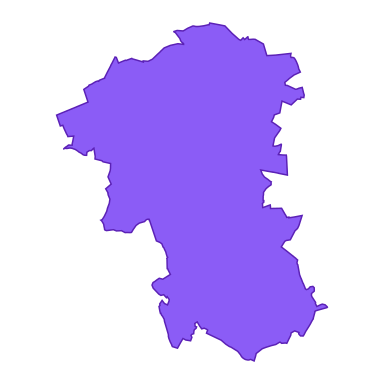 Bēnes pag., Auces, Latvia (Albers equal-area conic projection), rotated 180°
{"feature_id": "27541924B36472446612292", "entity_name": "Bēnes pag.", "entity_type": "district", "adm_level": 2, "iso_a3": "LVA", "parent_name": "Latvia", "parent_adm1": "Auces", "projection": "albers", "projection_center": [23.066, 56.462], "detail": "fine", "context": "isolated", "style": "filled", "palette": "violet", "viewbox_px": 384, "rotation_deg": 180, "n_neighbors": 0, "source": "geoboundaries", "source_scale": "gbopen_adm2", "svg_char_len": 5700}
<svg xmlns="http://www.w3.org/2000/svg" viewBox="0 0 384 384"><g transform="rotate(180 192 192)"><path d="M70.7,65.1L70.7,65.9L68.9,72.6L69.0,72.7L68.5,73.1L66.0,73.9L57.0,76.4L56.6,76.8L56.7,77.0L56.8,77.2L58.9,79.2L61.7,79.9L63.6,79.2L67.1,77.5L68.6,80.4L68.5,80.9L68.4,81.6L72.1,87.3L72.5,88.3L72.5,90.1L72.5,90.5L69.8,92.8L69.7,93.8L69.8,96.3L71.1,97.6L72.4,97.4L73.8,97.2L75.4,95.4L76.1,94.9L77.6,94.4L77.8,94.5L78.8,95.3L78.7,95.5L80.7,100.4L81.1,101.0L82.9,105.6L83.2,106.1L84.2,108.8L84.4,109.2L86.2,119.3L86.7,119.8L87.0,121.3L87.0,121.6L86.4,124.0L88.0,125.4L88.1,125.6L97.9,133.4L102.7,137.1L99.2,142.7L97.8,143.5L93.7,144.2L89.0,153.2L86.5,155.5L85.1,158.4L81.9,168.5L89.7,167.0L95.1,166.2L95.1,166.9L97.3,166.6L97.6,167.4L98.4,168.9L99.2,170.1L102.2,175.4L102.4,175.7L103.8,175.7L113.5,175.5L113.6,178.0L113.8,179.1L121.1,176.4L121.3,176.4L121.5,180.2L121.6,180.5L120.2,181.8L120.2,183.3L120.8,183.2L120.9,185.6L120.8,186.3L120.9,187.2L120.5,189.4L120.5,191.5L120.0,192.4L117.9,195.4L115.3,197.6L113.0,199.1L112.9,199.3L112.9,201.5L113.0,201.9L112.8,202.2L114.2,203.0L115.7,204.3L119.6,207.0L121.1,209.1L121.7,209.8L122.7,212.5L123.3,214.0L111.6,211.9L111.6,212.0L105.5,210.8L105.5,210.7L96.6,208.9L96.6,209.0L97.5,227.5L97.7,228.9L97.9,228.9L101.2,229.0L105.7,229.4L105.7,229.6L104.2,232.1L103.7,232.6L102.6,239.3L102.9,239.8L105.9,238.4L109.1,237.7L111.0,238.1L110.5,240.7L109.4,246.1L104.2,253.5L103.1,255.7L107.7,259.1L107.8,259.2L112.5,262.3L110.4,266.5L110.1,267.6L109.7,269.1L104.2,271.1L102.0,282.9L92.8,279.1L86.7,284.9L83.4,284.8L83.1,286.7L80.2,286.4L79.8,289.0L80.4,290.9L80.9,293.0L81.8,296.6L85.0,295.8L86.9,295.0L88.2,294.7L88.6,294.8L96.8,298.6L98.6,298.7L99.2,301.6L96.2,304.1L94.8,305.4L90.0,309.0L83.7,311.9L84.7,314.1L85.1,314.6L85.2,315.1L85.4,315.7L85.4,315.9L85.8,317.6L86.4,319.4L87.7,322.5L88.8,324.6L89.9,326.1L90.9,326.5L91.6,326.6L92.9,326.5L93.1,326.9L93.4,328.0L93.4,328.6L93.0,330.6L108.4,328.9L117.1,328.4L117.3,328.9L120.6,340.0L128.9,344.7L131.0,344.8L133.4,344.6L135.4,344.6L135.9,345.7L135.9,346.3L136.1,347.2L136.3,347.2L139.3,344.5L140.9,346.2L143.3,343.7L144.8,344.4L145.5,344.9L148.5,347.6L151.8,350.5L159.1,358.1L165.2,359.3L174.3,361.0L174.9,359.2L175.8,359.2L180.3,358.2L184.7,357.6L186.2,357.5L188.1,357.5L190.4,358.0L191.2,358.0L196.2,355.8L200.2,353.4L200.8,353.1L201.5,353.1L206.4,353.5L207.0,353.5L210.1,352.5L210.0,352.1L208.7,351.4L208.4,351.1L205.6,347.4L204.2,345.6L204.0,345.1L203.4,343.5L203.1,342.9L202.6,342.3L202.1,341.7L200.8,340.7L200.5,340.5L200.4,340.0L200.4,339.6L206.1,340.3L213.7,338.6L219.8,336.1L223.3,332.8L224.2,331.8L226.2,330.0L231.6,324.8L235.9,322.7L240.8,323.1L240.7,322.0L252.5,325.4L252.5,325.5L256.7,324.0L257.9,323.5L258.6,323.8L262.6,322.2L265.5,321.0L267.7,326.6L268.0,326.6L268.9,327.0L271.9,321.0L273.2,318.7L273.2,318.4L276.7,311.7L279.3,306.5L279.6,306.0L279.5,305.7L280.3,305.5L284.5,303.8L285.0,303.4L285.2,303.1L285.3,302.7L285.5,302.7L285.7,302.9L286.2,303.0L288.2,302.4L289.4,301.7L292.5,299.8L294.9,298.9L295.0,298.8L295.5,297.8L295.6,297.7L299.8,294.9L300.2,294.6L296.0,281.9L327.4,268.9L323.7,258.0L321.2,258.7L319.9,255.4L317.4,250.0L316.7,248.9L316.1,247.4L310.3,247.9L311.2,242.9L311.8,240.3L311.8,238.9L313.6,238.8L314.9,239.0L315.6,238.7L315.7,238.8L317.3,237.5L318.5,236.8L320.2,235.3L320.2,235.2L318.8,235.6L318.1,235.6L317.1,235.5L314.1,236.0L312.0,235.7L311.1,235.4L310.4,235.1L309.1,234.7L308.5,234.4L306.2,232.9L305.0,231.9L303.0,230.9L300.8,229.2L299.6,228.8L298.3,228.7L297.4,228.7L297.1,231.8L294.7,233.4L292.6,233.4L290.7,235.4L290.1,235.8L288.8,227.6L289.0,225.0L282.2,223.3L281.0,222.2L273.4,220.5L273.5,215.6L273.8,213.3L276.0,207.1L272.8,199.9L278.3,195.2L275.9,191.0L276.1,190.6L275.8,189.0L274.1,184.9L274.7,180.7L276.6,175.6L276.6,175.4L277.3,172.7L279.6,167.9L280.3,166.7L281.6,164.7L282.5,164.0L283.1,163.8L282.3,163.1L281.3,161.5L280.4,159.9L280.2,159.1L280.0,157.6L279.5,155.5L279.5,154.8L279.1,154.0L278.7,153.8L277.6,153.4L276.6,153.5L270.6,154.3L267.6,153.1L262.5,153.3L258.9,151.4L257.1,151.5L253.6,151.4L252.5,151.6L250.7,154.6L247.9,158.6L244.7,160.9L239.5,162.4L237.7,164.3L236.7,164.7L235.0,164.8L234.7,163.7L234.5,163.8L227.6,143.1L223.9,141.5L222.1,140.1L220.9,136.9L220.5,136.6L220.0,136.0L219.9,135.6L219.6,134.9L218.2,132.0L217.7,130.0L216.9,127.4L216.3,126.8L217.2,125.6L217.0,125.2L216.8,115.4L216.4,115.4L215.8,113.9L213.6,109.6L221.2,104.8L224.6,105.7L224.8,105.7L227.3,104.0L229.2,102.5L230.8,101.6L231.1,101.2L231.9,99.2L232.0,98.9L230.9,96.1L230.8,95.8L225.2,89.9L223.1,88.6L220.3,89.3L217.6,86.3L216.8,87.3L215.6,85.6L214.8,84.5L214.8,84.3L214.9,83.7L214.9,83.2L216.5,79.1L219.4,80.4L220.0,81.1L221.9,83.6L224.3,80.1L224.0,78.6L225.0,77.6L224.2,73.1L223.6,70.7L223.2,70.8L222.5,69.0L221.4,67.6L219.8,64.7L219.5,62.6L217.5,55.9L215.7,49.7L215.6,48.5L215.6,47.4L215.1,45.5L213.8,42.2L212.4,39.4L212.1,38.4L211.6,37.4L206.5,35.8L203.5,41.3L201.0,45.5L198.3,44.0L193.4,43.2L192.1,46.7L193.0,48.6L192.3,49.6L190.3,50.3L190.3,51.0L190.0,53.5L189.5,54.4L187.9,55.7L187.4,57.1L188.8,57.6L189.2,60.5L186.8,62.1L184.4,58.0L182.3,55.1L179.8,55.8L177.3,54.7L176.3,53.9L177.0,52.3L177.5,50.8L162.8,43.8L158.2,39.8L154.7,37.5L152.9,36.8L146.3,32.7L143.5,29.2L142.7,27.8L142.4,27.3L141.2,26.1L139.9,25.2L138.8,24.6L138.2,24.4L136.2,24.0L135.1,24.0L133.8,24.5L133.1,24.5L129.9,23.0L128.5,27.5L127.8,30.5L121.7,35.3L118.0,36.7L112.6,38.4L108.2,39.5L104.9,41.5L104.0,41.9L102.3,40.7L98.6,41.0L97.2,40.7L96.1,42.9L95.2,44.8L93.3,48.6L93.1,49.7L92.9,51.1L89.3,53.1L85.0,51.5L85.3,50.4L85.0,49.7L83.5,48.1L80.8,48.0L79.9,49.4L78.4,52.4L74.8,58.1L74.7,58.3L73.5,60.3L72.9,61.5L72.3,62.6L71.0,64.9L70.7,65.1Z" fill="#8b5cf6" stroke="#5b21b6" stroke-width="1.5"/></g></svg>